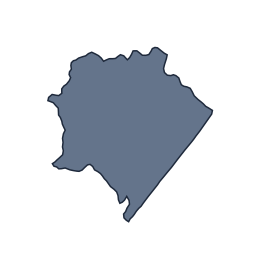 the district of Volta Grande, Minas Gerais, Brazil, rotated 334°
{"feature_id": "56859067B41040973074583", "entity_name": "Volta Grande", "entity_type": "district", "adm_level": 2, "iso_a3": "BRA", "parent_name": "Brazil", "parent_adm1": "Minas Gerais", "projection": "robinson", "projection_center": [-42.568, -21.764], "detail": "fine", "context": "isolated", "style": "filled", "palette": "slate", "viewbox_px": 256, "rotation_deg": 334, "n_neighbors": 0, "source": "geoboundaries", "source_scale": "gbopen_adm2", "svg_char_len": 1912}
<svg xmlns="http://www.w3.org/2000/svg" viewBox="0 0 256 256"><g transform="rotate(334 128 128)"><path d="M87.5,212.5L90.1,210.6L93.3,209.6L95.9,208.3L98.9,206.5L102.5,204.9L105.4,204.1L108.4,202.4L111.9,200.6L116.2,198.4L120.0,196.6L127.1,193.2L129.8,191.9L133.0,190.0L138.6,187.5L144.7,184.7L149.7,182.5L158.2,178.2L162.9,175.9L169.5,172.7L177.9,168.9L181.9,167.0L185.7,164.9L190.8,162.4L209.3,152.2L211.6,149.2L209.2,145.3L207.3,142.5L206.3,139.3L205.0,136.3L203.4,133.0L201.6,128.1L201.6,123.4L201.3,119.6L199.0,116.9L196.4,114.9L194.9,112.5L195.1,109.2L195.6,105.3L194.0,101.9L192.1,100.0L189.5,99.7L186.5,97.8L185.1,94.1L186.0,90.2L188.6,87.0L190.7,84.8L192.9,82.5L195.3,79.4L193.4,76.7L191.6,73.0L189.7,68.9L187.5,67.4L184.7,67.3L182.2,69.2L178.9,71.1L175.9,70.5L172.8,68.9L171.6,66.2L169.8,62.5L166.4,60.9L163.5,63.3L160.4,65.4L157.3,66.4L155.8,61.2L153.3,58.8L150.2,59.3L147.2,60.0L144.4,58.9L141.5,57.5L138.2,57.3L135.3,57.3L134.6,53.4L133.2,50.0L131.1,47.1L128.6,44.0L125.0,43.8L121.6,44.6L118.4,44.0L114.3,43.5L110.9,44.1L108.4,43.6L105.7,44.5L104.1,46.7L102.9,50.3L100.0,51.9L98.5,54.2L98.5,57.6L95.9,59.8L91.9,61.7L88.6,62.2L85.6,63.8L83.7,67.8L80.0,68.5L77.8,67.1L74.5,64.6L70.1,65.7L68.0,68.3L70.1,70.5L72.0,72.6L72.9,76.2L74.0,79.6L72.6,82.9L71.3,85.9L71.8,88.9L71.5,92.9L70.7,95.7L70.6,98.9L70.6,102.4L67.5,104.8L64.6,108.6L63.3,112.5L60.8,116.3L59.9,120.1L57.5,123.4L53.4,124.7L50.1,125.6L47.5,126.5L44.4,126.9L44.7,129.9L46.8,131.7L47.9,134.4L50.3,135.4L54.0,136.4L57.4,140.1L60.2,142.3L62.6,144.0L65.0,145.5L68.3,145.7L71.7,144.5L75.5,143.4L78.0,144.1L79.4,147.1L79.6,151.0L81.7,153.9L83.3,156.9L84.0,159.8L84.5,163.2L85.5,166.1L86.0,169.3L86.6,173.0L88.5,176.8L89.8,180.5L89.4,184.4L87.9,188.4L87.7,192.1L90.3,192.2L93.2,191.3L96.9,188.9L97.2,193.6L95.9,197.2L92.1,199.5L89.2,202.1L86.3,203.4L85.0,207.0L86.0,210.1L87.5,212.5Z" fill="#64748b" stroke="#1e293b" stroke-width="1.5"/></g></svg>